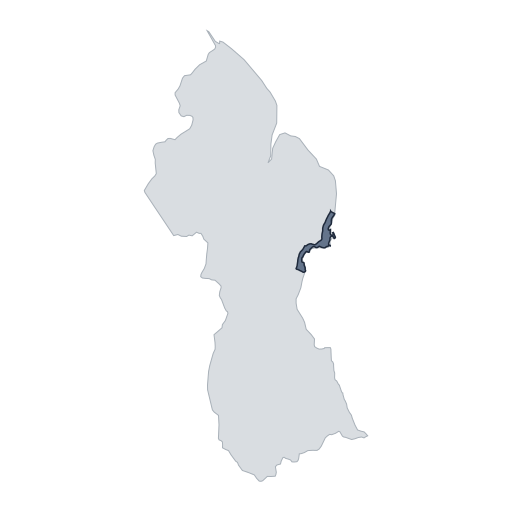 location of VI-6 Upper Canje/Corentyn, East Berbice-Corentyne, Guyana
{"feature_id": "73187651B40141145905740", "entity_name": "VI-6 Upper Canje/Corentyn", "entity_type": "district", "adm_level": 2, "iso_a3": "GUY", "parent_name": "Guyana", "parent_adm1": "East Berbice-Corentyne", "projection": "equal_earth", "projection_center": [-57.578, 5.103], "detail": "fine", "context": "in_parent", "style": "filled", "palette": "slate", "viewbox_px": 512, "rotation_deg": 0, "n_neighbors": 0, "source": "geoboundaries", "source_scale": "gbopen_adm2", "svg_char_len": 7102}
<svg xmlns="http://www.w3.org/2000/svg" viewBox="0 0 512 512"><path d="M173.7,235.6L164.1,221.2L154.4,206.7L144.9,192.4L144.3,190.5L148.3,183.7L151.9,178.8L154.8,176.0L156.3,173.6L155.2,163.1L155.3,159.4L153.9,155.3L152.9,150.7L154.1,146.8L155.6,144.2L157.4,143.1L161.9,142.2L165.0,141.8L166.1,140.3L168.0,138.5L170.3,138.4L175.0,139.7L177.2,137.4L181.0,134.2L189.7,128.8L191.7,125.3L193.1,119.8L192.9,117.3L192.0,116.3L189.9,115.4L186.6,115.3L183.9,116.7L181.2,115.9L178.9,112.6L178.8,109.8L180.2,105.8L179.4,103.2L175.1,95.0L175.1,92.7L178.2,89.0L180.0,85.8L182.5,78.2L184.5,75.7L190.5,74.8L192.0,73.2L195.1,69.2L199.7,64.7L206.3,61.0L208.2,54.4L209.4,52.6L214.7,49.1L215.6,47.2L215.5,45.6L207.1,30.7L208.8,31.7L215.3,41.4L218.9,43.5L219.6,43.6L219.7,41.1L223.0,42.1L231.6,48.8L244.1,59.7L261.7,80.5L266.8,88.4L270.1,92.1L275.4,101.1L276.9,105.5L276.7,123.1L272.1,135.0L270.9,144.0L270.7,155.9L268.0,162.8L271.6,159.1L272.7,148.3L275.7,141.8L279.7,134.6L285.0,132.9L290.7,135.9L295.3,136.5L299.4,138.6L308.0,150.1L316.4,159.1L319.5,166.4L328.4,170.0L333.7,175.8L335.4,180.8L336.5,193.8L334.7,213.4L335.2,214.4L332.8,218.3L332.4,220.7L330.8,225.1L329.6,227.5L331.4,232.9L333.4,233.1L334.1,233.8L334.6,234.9L334.5,236.0L333.8,237.1L331.8,238.4L330.0,241.5L330.2,245.0L329.0,246.8L325.3,247.7L318.1,247.8L314.5,248.0L311.7,248.6L309.8,250.8L307.5,252.4L305.6,252.7L304.0,255.3L302.3,259.0L302.9,261.6L304.6,264.9L305.6,268.4L304.3,274.0L302.8,278.3L302.0,281.6L300.8,287.9L298.1,294.9L296.1,298.8L296.1,303.1L297.1,309.3L302.7,318.2L304.6,322.4L306.2,329.3L311.3,334.7L314.5,339.0L314.2,344.8L314.6,346.6L316.6,348.0L319.1,349.1L321.8,349.0L324.2,348.5L324.7,347.7L330.3,347.6L330.9,349.1L331.2,357.3L331.4,360.7L332.8,362.0L333.6,364.1L333.6,366.0L333.9,370.6L334.7,373.0L334.6,378.0L335.1,379.8L336.7,381.0L338.6,384.6L339.3,385.0L339.7,386.3L341.4,391.3L342.2,392.8L342.8,393.0L343.0,394.8L344.3,399.5L345.1,400.7L346.6,404.1L347.2,407.9L349.3,412.2L351.4,415.2L352.3,418.3L355.0,425.1L357.6,430.0L361.1,431.2L364.1,431.9L365.9,433.7L367.7,435.8L365.8,436.7L364.0,437.9L361.6,437.0L358.3,437.5L354.8,438.8L351.6,439.5L345.5,437.3L343.7,437.0L342.4,436.1L339.9,431.8L338.7,431.3L335.5,433.3L331.6,434.7L329.6,434.4L327.4,435.9L325.3,437.8L321.3,446.1L319.2,449.0L317.0,450.4L312.6,450.3L307.8,450.6L304.3,452.6L301.0,453.7L299.3,453.8L298.7,458.4L298.0,460.5L296.9,461.7L294.4,462.0L292.0,461.9L290.6,460.0L288.0,459.0L285.7,458.4L284.2,457.3L283.0,457.5L282.0,459.4L281.2,461.1L280.5,464.0L276.9,465.0L275.4,466.7L276.3,472.3L275.9,474.5L275.2,476.2L270.9,476.5L267.3,476.4L265.2,478.4L262.6,480.8L261.0,481.3L259.2,481.1L256.7,478.4L254.3,474.9L248.3,472.5L242.4,470.5L238.5,465.1L237.5,462.4L235.7,461.2L231.0,454.8L228.5,450.6L225.7,449.5L222.5,447.8L222.6,444.8L222.4,441.9L221.1,440.7L219.1,439.9L218.4,438.3L218.6,434.5L219.0,424.7L218.5,415.4L214.2,412.1L212.4,409.9L209.1,396.1L207.6,389.8L207.5,385.2L208.6,371.4L209.8,365.4L213.2,353.4L215.1,349.3L215.2,346.3L215.0,342.4L214.0,334.7L219.6,329.9L222.0,327.8L222.4,324.6L225.4,320.5L226.8,316.5L227.9,313.5L227.6,311.8L226.3,310.9L224.7,308.0L221.5,299.5L220.3,297.8L219.3,295.5L219.8,291.7L221.1,287.7L221.0,286.0L219.0,283.8L215.0,280.2L211.7,279.9L209.2,278.6L205.4,278.4L202.4,278.0L200.7,276.7L201.0,274.4L201.8,272.7L204.3,268.5L206.0,263.9L206.3,259.5L206.8,253.7L207.5,248.6L207.9,242.9L203.9,239.2L202.7,236.1L201.0,233.4L199.2,233.4L196.5,232.2L192.2,235.8L188.9,235.1L186.6,236.5L181.3,236.2L177.9,234.5L173.7,235.6Z" fill="#d9dde1" stroke="#a8b0b8" stroke-width="1"/><path d="M330.7,211.1L330.7,211.3L330.3,211.8L330.0,212.5L329.7,213.2L329.4,213.6L329.0,214.2L328.7,214.8L328.3,215.3L328.0,216.0L327.7,216.6L327.4,217.3L327.0,218.0L326.7,218.5L326.5,219.0L326.2,219.7L325.7,220.8L325.5,221.4L325.2,222.3L324.9,222.8L324.7,223.2L324.2,223.9L323.9,224.5L323.5,225.2L323.3,225.9L323.1,226.6L322.9,227.4L322.7,228.2L322.7,228.9L322.7,229.7L322.7,230.6L322.6,231.5L322.4,232.1L322.3,232.8L322.1,233.5L322.0,234.3L321.9,235.2L321.9,235.8L321.8,236.5L321.8,237.0L321.8,237.7L321.9,238.3L321.9,238.9L321.7,239.4L321.3,240.0L320.9,240.3L320.5,240.5L320.1,240.8L319.8,241.1L319.3,241.3L318.8,241.6L318.4,242.0L318.0,242.3L317.2,243.1L316.7,243.6L316.2,244.0L315.6,244.3L315.2,244.6L314.6,244.7L314.1,244.8L313.5,244.5L313.0,244.3L312.6,244.3L312.1,244.2L311.7,243.9L311.3,243.8L310.8,243.8L310.2,243.8L309.7,243.9L309.2,244.0L308.6,244.3L308.0,244.5L307.5,244.8L307.0,245.2L306.5,245.6L306.2,245.8L305.8,245.8L305.4,245.9L304.7,245.9L304.4,246.5L304.2,247.1L303.8,247.6L303.5,248.2L303.1,248.9L302.7,249.5L302.3,249.9L302.0,250.3L301.6,250.7L301.2,251.1L300.7,251.6L300.3,252.0L300.1,252.5L299.9,253.0L299.5,253.6L299.3,254.1L299.0,255.1L298.9,255.9L298.7,256.6L298.5,257.3L298.2,257.9L298.0,259.1L297.9,259.6L297.8,260.2L297.8,260.9L297.7,261.6L297.6,262.2L297.5,263.0L297.4,263.6L297.3,264.2L297.2,265.1L297.1,265.8L296.9,266.5L296.7,267.1L296.5,267.7L296.2,268.2L296.1,268.7L296.4,269.0L296.8,269.3L297.4,269.4L297.8,269.4L298.2,269.7L298.7,269.9L299.1,270.1L299.6,270.4L300.0,270.6L300.4,270.8L300.9,271.0L301.4,271.2L301.8,271.4L302.1,271.6L302.5,271.9L302.9,272.1L303.4,272.2L303.9,272.3L304.3,272.1L304.7,271.8L305.2,271.6L305.4,271.3L305.6,270.7L305.5,270.2L305.2,269.7L305.1,269.1L305.2,268.4L305.2,267.9L304.6,266.3L304.3,265.6L304.2,265.3L304.1,263.6L303.9,262.7L303.5,262.5L302.2,262.2L301.8,261.5L301.7,260.1L301.7,259.3L301.8,258.3L302.0,257.7L302.8,256.9L303.5,255.2L304.3,253.9L304.9,253.1L305.2,252.8L305.9,251.9L306.5,251.5L306.8,251.4L307.6,251.9L308.3,252.2L308.8,252.3L309.2,252.1L309.4,251.9L309.4,251.4L309.6,250.2L309.9,249.5L311.1,248.3L311.3,248.1L311.5,247.9L312.1,247.3L312.6,246.9L313.1,246.7L314.3,246.7L314.8,246.8L315.6,247.4L316.1,247.6L316.8,247.6L317.3,247.5L317.6,247.4L319.0,246.4L319.5,246.3L321.0,247.0L321.3,247.2L321.5,247.3L322.1,247.5L322.9,247.6L323.6,247.8L324.1,247.9L324.4,247.8L325.2,247.7L325.6,247.4L325.9,247.1L326.3,246.7L326.8,246.5L327.2,246.4L327.9,246.4L328.4,245.8L328.6,245.6L329.1,245.5L329.8,245.6L330.2,245.9L330.3,245.6L330.2,245.4L329.7,245.2L329.1,245.0L328.8,244.8L328.6,244.3L328.6,243.7L328.9,242.5L329.2,241.8L329.9,240.1L330.0,239.4L330.0,238.1L330.1,237.7L330.4,237.2L330.8,236.6L331.5,236.2L332.1,236.0L332.7,236.3L333.2,236.7L333.6,237.4L333.9,238.2L334.1,238.5L334.4,238.5L335.1,238.0L335.3,237.6L335.4,237.2L334.9,236.1L334.5,235.3L333.9,233.8L333.7,233.2L333.5,232.8L333.1,232.3L332.9,232.3L332.9,232.2L332.8,232.5L332.8,232.9L333.1,233.5L333.2,234.1L333.1,234.7L332.9,235.0L332.7,235.2L332.1,235.2L331.7,235.2L331.1,235.0L330.6,234.5L330.3,233.9L330.2,233.2L330.2,231.9L330.5,230.1L330.5,229.6L330.2,229.7L329.9,229.9L329.5,230.1L329.3,230.2L328.8,230.1L328.4,229.8L328.3,229.4L328.2,228.8L328.4,228.0L329.0,226.6L329.4,226.1L329.8,225.7L330.7,224.7L331.0,224.4L331.3,223.7L331.4,222.8L331.3,220.9L331.4,220.0L331.5,219.3L331.6,218.8L332.1,217.9L333.0,216.5L333.5,216.0L333.8,215.5L334.5,214.0L334.7,213.6L334.4,213.4L333.8,213.1L333.4,212.9L332.7,212.6L332.2,212.3L331.7,212.0L331.1,211.7L330.7,211.1Z" fill="#64748b" stroke="#1e293b" stroke-width="1.5"/></svg>